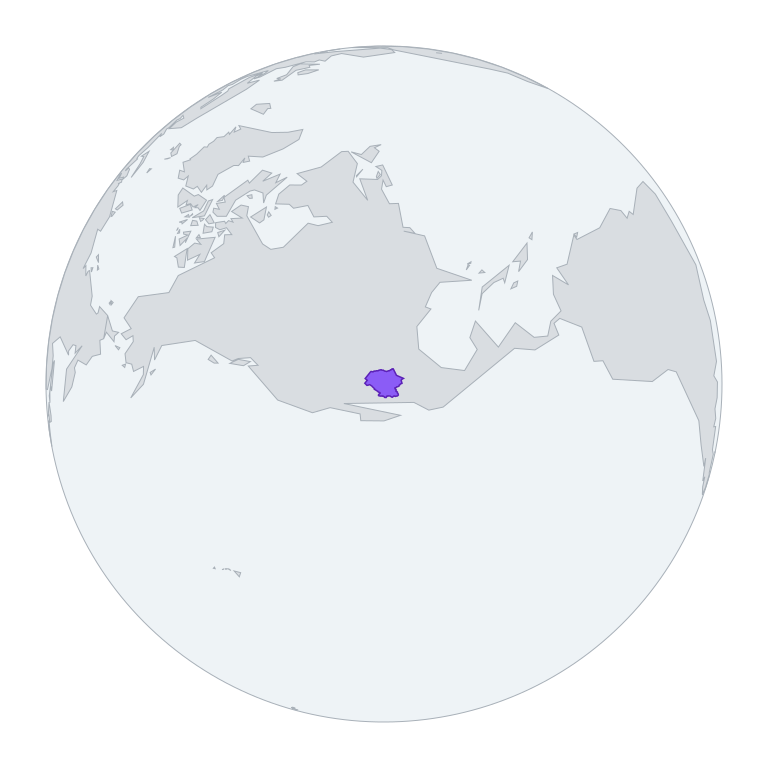 globe centered on Chihuahua, rotated 308°
{"feature_id": "MEX-2709", "entity_name": "Chihuahua", "entity_type": "State", "adm_level": 1, "iso_a3": "MEX", "parent_name": "Mexico", "parent_adm1": "", "projection": "orthographic", "projection_center": [-106.749, 28.699], "detail": "fine", "context": "on_globe", "style": "filled", "palette": "violet", "viewbox_px": 768, "rotation_deg": 308, "n_neighbors": 0, "source": "natural_earth", "source_scale": "10m", "svg_char_len": 12768}
<svg xmlns="http://www.w3.org/2000/svg" viewBox="0 0 768 768"><g transform="rotate(308 384 384)"><circle cx="384" cy="384" r="338" fill="#eef3f6" stroke="#a8b0b8"/><path d="M73.1,511.0L73.9,513.2L73.8,513.3L73.1,511.0ZM543.9,482.1L536.5,480.6L530.2,491.6L503.8,482.0L492.5,464.9L402.2,444.8L391.0,435.4L387.9,418.9L343.9,364.4L369.5,416.3L354.9,406.7L340.8,388.3L345.7,383.6L332.2,356.1L317.3,345.3L305.9,310.1L314.6,266.0L321.2,273.2L322.6,262.6L314.3,253.4L308.6,250.1L302.1,208.4L277.5,185.2L261.6,188.4L271.5,180.3L235.7,194.6L217.1,193.0L243.2,188.6L249.8,183.7L239.7,178.9L244.3,173.0L242.0,167.6L248.4,161.3L263.1,160.3L267.5,156.4L260.1,153.5L261.8,146.0L272.0,150.7L276.1,138.4L301.5,136.6L323.6,158.2L342.8,155.1L379.2,172.8L381.0,167.0L395.9,171.3L403.5,166.6L408.0,172.1L410.2,163.7L404.5,159.7L403.6,154.9L407.5,152.0L414.1,158.2L413.0,160.5L417.0,160.9L418.6,165.4L420.1,161.6L427.5,170.1L426.1,157.7L437.0,161.2L440.3,168.0L432.1,172.3L419.6,202.1L420.4,211.9L429.8,220.5L464.0,225.2L468.2,234.6L479.6,243.7L480.9,235.6L472.5,225.9L477.8,214.1L466.8,204.5L467.3,198.7L459.2,187.7L468.9,184.2L482.8,187.2L490.0,196.5L496.3,198.4L496.3,186.0L516.3,200.9L541.0,207.5L545.3,212.5L541.3,227.3L524.0,235.3L518.7,258.1L530.8,238.6L541.2,253.0L546.6,253.8L551.0,250.8L550.4,243.7L555.8,248.1L545.9,268.0L540.9,264.3L544.1,257.7L536.0,262.1L529.4,277.3L535.2,284.2L519.2,302.5L523.1,308.1L521.8,315.7L516.6,305.4L525.7,324.8L507.7,354.4L519.8,389.3L498.6,365.5L485.4,365.2L470.2,369.1L472.0,374.8L449.5,374.5L432.9,389.9L432.2,419.0L444.2,439.2L468.6,436.2L473.4,423.1L489.9,417.3L483.5,451.4L513.1,449.7L513.2,473.6L522.6,483.5L536.2,476.8L550.6,478.5L559.0,462.3L573.3,450.0L575.7,468.4L581.9,448.6L591.1,454.5L618.2,441.9L616.7,447.1L639.9,457.8L661.5,454.1L666.5,463.9L664.3,473.5L671.0,470.9L671.0,476.0L694.1,462.8L703.0,463.4L700.7,480.9L689.4,510.0L669.9,556.4L647.0,584.3L635.0,602.0L606.5,632.1L593.5,638.9L590.9,645.5L578.4,654.9L568.2,660.1L561.1,666.6L553.3,670.2L554.7,671.5L534.4,683.3L531.3,686.8L514.5,694.8L512.8,696.1L509.2,697.5L503.5,699.7L500.5,701.0L493.0,702.8L499.4,698.3L508.4,693.9L503.8,694.9L523.7,683.1L516.0,686.8L531.3,671.3L548.9,654.7L573.5,606.8L570.3,598.9L551.1,593.9L528.6,561.3L537.1,542.2L531.1,535.5L550.6,504.8L543.9,482.1ZM143.0,388.7L144.4,381.0L147.1,387.2L143.0,388.7ZM142.8,375.4L142.8,378.2L142.4,375.6L142.8,375.4ZM140.9,372.9L142.3,374.7L140.5,373.4L140.9,372.9ZM138.0,370.6L139.7,371.6L139.4,371.8L138.0,370.6ZM520.9,401.7L554.6,409.5L538.1,416.8L540.7,412.8L531.6,408.1L515.6,405.7L500.3,413.3L520.9,401.7ZM134.5,364.7L133.7,363.0L135.4,363.1L134.5,364.7ZM530.2,378.4L524.5,378.6L529.7,376.9L530.2,378.4ZM305.3,249.8L313.7,254.0L319.4,264.9L311.9,262.0L305.3,249.8ZM295.1,230.3L300.3,230.0L298.3,240.4L295.9,237.3L295.1,230.3ZM249.1,192.6L255.1,194.8L247.7,194.8L249.1,192.6ZM240.6,168.1L237.4,169.5L237.6,166.2L240.6,168.1ZM454.5,190.5L456.8,189.1L457.1,191.8L454.5,190.5ZM448.7,187.2L447.4,191.3L444.4,190.4L445.3,187.9L448.7,187.2ZM247.5,153.7L248.7,148.4L250.0,153.5L247.5,153.7ZM451.1,182.4L439.4,188.3L434.3,186.8L433.5,176.1L451.1,182.4ZM251.1,145.2L253.9,133.4L247.1,135.2L267.8,124.1L258.6,137.3L261.3,143.1L255.9,142.1L251.1,145.2ZM401.0,159.7L407.2,163.9L398.4,163.2L401.0,159.7ZM395.6,160.6L369.9,167.1L362.7,160.2L372.8,159.1L360.6,152.9L369.8,146.2L378.5,148.1L381.3,153.7L382.7,147.0L395.6,160.6ZM278.8,120.4L281.7,117.7L281.5,120.4L278.8,120.4ZM402.5,152.9L398.0,154.6L391.4,148.6L399.4,144.2L398.9,147.5L402.5,152.9ZM352.9,154.9L349.5,150.0L355.9,143.1L355.5,140.4L369.4,145.5L352.9,154.9ZM402.4,147.4L403.6,142.2L410.3,142.6L406.5,151.0L402.4,147.4ZM386.4,149.0L383.7,146.1L387.8,146.2L386.4,149.0ZM434.6,142.1L429.3,143.6L425.5,140.5L434.6,142.1ZM403.6,140.3L401.3,140.2L399.2,139.4L401.3,136.2L403.6,140.3ZM373.0,140.5L376.4,138.9L367.6,138.0L372.1,133.3L380.6,137.7L378.8,133.9L380.2,132.5L385.5,137.7L373.0,140.5ZM397.0,130.5L409.3,135.3L420.1,132.9L423.8,135.4L405.9,139.0L397.0,130.5ZM389.8,134.2L395.1,132.4L397.1,136.2L394.6,139.8L389.8,134.2ZM372.1,128.7L363.0,134.8L361.5,133.7L372.1,128.7ZM399.8,128.9L396.7,127.9L400.3,128.3L399.8,128.9ZM380.2,127.8L377.2,129.9L375.5,128.6L380.2,127.8ZM393.2,124.2L397.2,125.6L395.7,127.9L393.2,124.2ZM386.9,125.2L385.4,122.9L392.7,127.9L385.9,126.3L386.9,125.2ZM379.1,126.2L377.1,126.1L380.6,125.5L379.1,126.2ZM396.7,114.9L406.3,120.8L403.0,125.7L394.1,119.3L396.7,114.9ZM501.8,700.7L492.4,703.3L499.5,701.4L510.6,697.1L513.0,696.3L501.8,700.7ZM533.4,687.1L533.0,687.3L535.0,686.3L533.4,687.1ZM717.8,331.4L710.8,311.0L705.2,290.2L697.6,274.1L653.3,186.1L651.3,179.9L629.4,151.6L646.1,170.8L661.4,191.1L675.1,212.5L687.2,234.8L697.6,258.1L706.2,282.0L712.9,306.5L717.8,331.4ZM588.3,114.8L588.5,115.3L595.6,120.7L602.8,126.5L601.8,126.5L616.2,141.3L646.3,174.2L652.2,184.1L651.8,188.4L629.0,166.6L618.3,147.1L610.1,140.5L602.1,138.8L599.5,133.5L595.0,130.9L589.9,124.2L572.9,111.3L566.2,105.1L549.9,97.5L544.3,93.6L555.6,98.9L559.8,99.9L542.2,86.9L536.0,83.6L526.8,80.1L523.1,77.5L516.4,75.9L501.6,69.0L514.1,76.5L503.6,74.1L489.4,69.3L488.2,70.2L511.4,78.3L518.6,80.5L521.1,80.0L542.7,89.2L550.9,94.4L536.8,91.1L546.8,98.8L531.5,94.1L478.4,72.9L461.2,66.5L453.0,57.6L462.6,59.1L470.3,62.6L472.0,60.2L467.6,59.9L464.6,58.3L453.8,56.8L451.1,55.7L445.4,56.6L440.8,55.1L444.6,54.5L424.8,52.4L412.8,50.2L409.6,50.4L409.6,51.2L394.4,48.7L392.7,49.0L397.1,49.8L396.5,51.3L389.7,53.2L384.8,52.2L386.6,51.3L383.1,48.7L388.7,47.4L386.0,47.3L380.0,48.3L384.3,51.4L381.5,52.9L378.1,51.1L379.1,51.9L376.2,52.4L368.8,52.2L372.0,54.3L346.8,64.8L329.9,66.6L329.7,63.1L306.9,72.5L289.7,75.8L293.7,76.3L285.5,82.5L290.8,81.4L292.1,82.2L273.5,100.0L265.4,104.2L262.0,114.3L264.0,114.9L269.9,112.2L267.8,124.1L247.1,135.2L243.5,133.2L233.0,142.3L226.2,137.1L215.7,137.6L214.4,128.1L206.2,130.1L203.0,133.6L189.5,139.8L172.7,142.1L200.3,124.7L228.3,122.6L218.1,121.6L224.6,117.6L223.5,114.8L215.9,115.1L212.5,117.7L221.8,99.8L211.9,97.8L202.5,106.0L192.0,112.7L172.5,122.2L172.0,120.9L190.8,106.7L210.7,93.9L231.4,82.5L252.8,72.6L274.8,64.2L297.4,57.4L320.5,52.1L343.8,48.5L367.3,46.5L390.9,46.2L414.5,47.5L437.9,50.4L461.1,55.0L483.8,61.2L506.1,68.9L527.8,78.2L548.8,89.0L569.0,101.2L588.3,114.8ZM677.1,221.1L680.3,226.2L677.1,221.1ZM619.0,441.3L622.6,443.3L618.4,445.4L619.0,441.3ZM537.1,425.4L543.6,424.0L547.5,426.0L542.7,428.4L537.1,425.4ZM588.5,408.3L595.2,407.3L588.8,411.7L588.5,408.3ZM559.6,410.2L583.1,409.9L570.4,420.5L555.4,420.9L564.9,415.9L559.6,410.2ZM529.9,390.6L534.2,390.9L533.9,394.8L529.9,390.6ZM533.9,377.3L532.5,378.1L529.7,375.7L533.9,377.3ZM541.8,251.8L542.7,250.3L547.9,248.6L546.8,252.2L541.8,251.8ZM562.7,226.7L570.9,234.4L564.3,231.0L564.4,236.9L550.6,237.8L546.7,215.2L550.9,224.9L562.7,226.7ZM531.1,234.0L540.3,235.1L530.4,234.8L531.1,234.0ZM574.7,126.0L576.3,124.4L583.1,128.7L591.4,139.2L581.7,132.8L574.7,126.0ZM577.0,121.5L560.7,116.7L554.8,110.8L560.9,114.8L558.7,111.4L567.8,116.9L578.1,117.0L584.8,121.0L596.5,136.6L589.0,128.9L587.9,130.6L577.0,121.5ZM529.4,122.8L522.3,122.9L518.9,109.7L525.9,111.3L534.7,121.2L531.5,125.1L529.4,122.8ZM451.8,163.3L449.3,165.8L447.5,163.8L448.1,160.2L451.8,163.3ZM432.5,143.0L460.8,151.2L459.4,154.2L477.7,156.6L481.1,165.7L469.1,163.6L485.4,172.9L476.0,174.8L487.4,180.4L460.4,175.0L452.5,177.7L460.0,171.0L457.2,162.5L453.5,159.6L437.5,153.9L419.1,156.5L413.4,149.2L414.1,143.4L417.7,141.6L420.3,146.7L423.1,140.8L429.6,146.9L432.5,143.0ZM426.7,91.4L428.3,96.1L435.0,89.1L441.6,93.5L441.9,92.5L449.8,94.9L460.1,96.3L461.9,98.9L465.1,98.4L470.4,100.3L475.4,100.7L480.4,105.6L486.9,106.6L485.6,108.5L495.5,109.0L490.3,110.9L496.7,114.2L498.3,110.6L513.1,140.8L523.3,153.4L534.6,163.3L524.3,166.4L507.1,159.7L488.3,148.8L480.0,136.8L476.9,140.9L471.9,136.6L476.5,135.2L466.6,134.9L463.7,131.1L447.0,124.1L434.4,127.0L427.9,124.9L431.5,121.9L422.6,122.1L424.8,115.2L420.3,113.7L418.0,105.9L427.4,101.7L421.5,100.5L419.5,95.1L426.7,91.4ZM396.5,112.6L406.2,105.5L414.6,104.8L415.2,118.8L419.0,121.1L419.6,131.0L407.5,132.1L408.4,129.0L406.5,126.4L411.0,127.1L405.9,124.6L407.1,120.6L403.4,117.7L407.6,116.1L396.5,112.6ZM615.5,138.1L612.6,135.3L618.6,140.8L621.1,143.3L615.5,138.1ZM605.8,129.5L611.9,134.7L610.1,133.4L605.8,129.5ZM552.3,96.6L548.6,93.9L550.2,94.4L554.6,96.7L552.3,96.6ZM448.0,74.8L447.6,76.8L445.3,76.4L438.0,79.1L432.5,76.5L434.8,73.8L448.0,74.8ZM440.9,72.4L438.5,73.7L437.3,71.6L440.9,72.4ZM428.2,74.8L425.9,72.5L431.0,76.5L428.2,74.8ZM391.1,57.6L407.3,56.2L415.3,54.7L414.2,52.6L422.7,55.6L410.3,57.8L391.1,57.6ZM352.8,63.7L353.9,66.4L348.8,66.4L347.9,65.8L352.8,63.7ZM356.7,64.5L366.5,65.9L364.2,68.3L356.8,66.6L356.7,64.5ZM404.2,67.1L409.4,66.7L410.3,68.2L404.2,67.1ZM71.7,511.1L74.3,517.0L72.6,514.0L71.7,511.1ZM73.8,513.3L71.8,510.0L73.1,511.0L73.8,513.3ZM142.2,147.9L141.1,149.1L148.3,142.4L148.7,142.7L140.1,150.9L130.3,160.8L142.2,147.9ZM151.8,139.3L163.5,131.2L154.2,141.0L149.6,144.9L148.1,144.3L153.1,139.1L151.8,139.3ZM163.6,132.3L168.6,127.5L196.2,110.7L199.7,109.8L173.8,126.4L177.1,122.9L171.9,125.7L163.6,132.3ZM278.5,117.6L281.4,117.7L277.8,119.4L278.5,117.6ZM295.2,81.6L296.4,83.0L292.1,84.5L295.2,81.6ZM297.3,88.0L301.4,85.2L299.1,88.5L297.3,88.0ZM310.1,79.4L303.9,84.3L306.9,79.1L310.1,79.4Z" fill="#d9dde1" stroke="#a8b0b8" stroke-width="1"/><path d="M376.7,365.8L385.2,365.9L385.3,366.0L385.6,366.0L385.8,366.0L386.0,366.2L386.1,366.4L386.2,366.6L386.3,367.0L386.6,367.4L386.6,367.5L386.9,367.7L386.9,367.8L387.1,367.8L387.3,367.9L387.4,368.0L387.5,368.0L388.0,368.2L388.0,368.3L388.1,368.5L388.3,368.6L388.5,368.7L388.9,369.2L388.9,369.3L389.3,369.6L389.5,369.7L389.6,369.8L389.8,369.9L389.9,370.0L390.0,370.3L390.2,370.5L390.3,370.7L390.7,371.0L391.0,371.2L391.0,371.3L391.5,371.5L391.8,371.5L392.0,371.7L392.0,371.8L392.4,372.1L392.5,372.1L392.8,372.3L392.9,372.5L393.0,372.6L393.4,372.9L393.5,373.0L393.6,373.3L393.6,373.5L393.6,373.8L393.8,374.0L394.0,374.3L394.1,374.6L394.3,374.8L394.5,375.0L394.5,375.4L394.5,375.6L394.5,375.8L394.5,376.1L394.6,376.4L394.6,376.5L394.7,376.8L394.8,376.9L394.9,377.2L395.0,377.3L395.2,377.5L395.3,377.9L395.3,378.0L395.4,378.3L395.7,378.4L395.8,378.5L396.3,378.9L396.4,379.0L396.5,379.0L396.8,379.1L397.0,379.2L397.1,379.4L397.3,379.6L397.6,379.8L397.8,380.1L398.0,380.2L398.5,380.3L398.8,380.4L399.2,380.4L399.3,380.5L399.7,380.9L399.8,381.0L400.3,381.1L400.5,381.1L400.6,381.3L400.8,381.5L401.1,381.6L401.3,381.8L401.5,381.8L401.5,381.7L401.6,381.8L401.3,382.7L400.9,383.5L400.5,384.3L400.1,385.2L399.5,386.4L399.1,387.3L398.9,387.7L398.5,388.4L398.9,390.1L399.8,393.5L400.1,394.6L400.4,395.9L398.8,395.3L398.6,395.2L398.4,395.2L397.9,395.2L397.7,395.2L397.5,395.3L397.2,395.5L397.1,395.8L396.7,396.3L395.8,397.6L395.6,397.8L395.4,397.7L395.2,397.6L395.0,397.4L394.7,397.2L394.4,397.1L394.1,397.0L393.5,396.9L393.4,396.9L393.2,397.0L392.8,396.8L392.7,396.7L392.0,396.9L391.8,397.1L391.6,397.1L390.3,396.5L390.2,396.4L389.9,396.1L389.7,395.8L389.4,395.8L389.2,395.8L388.7,395.7L388.1,395.2L387.8,395.0L387.7,395.1L387.5,395.5L387.4,395.5L387.3,395.4L387.2,395.4L387.1,395.5L387.1,395.9L387.1,396.0L387.1,396.3L386.9,396.4L386.8,396.5L386.8,396.8L386.9,397.1L386.9,397.3L385.8,397.7L385.7,397.8L385.7,398.1L385.9,398.5L386.0,398.9L386.0,399.1L385.9,399.4L385.9,399.5L385.7,399.7L385.4,399.7L385.3,399.8L385.2,400.0L385.2,400.4L385.1,401.0L384.4,401.8L384.3,402.0L384.2,402.1L383.9,402.1L383.6,402.1L383.0,402.0L382.9,401.9L382.7,401.8L382.5,401.7L382.4,401.6L382.2,401.4L382.1,401.2L381.9,401.0L381.7,400.9L381.4,400.8L381.3,400.7L381.3,400.4L381.2,400.3L381.2,400.2L380.9,399.9L380.9,399.6L380.9,399.4L380.6,399.2L379.0,398.8L378.7,398.7L378.5,398.4L378.4,397.4L378.3,397.1L378.3,396.7L378.3,396.4L378.2,396.1L377.9,395.7L377.7,395.4L377.4,395.1L377.3,394.9L377.3,394.6L377.2,394.4L376.9,394.3L376.6,394.3L376.4,394.1L376.2,393.9L376.1,393.7L375.9,393.6L375.7,393.7L375.4,393.7L375.2,393.8L375.1,394.0L374.9,394.0L374.9,393.8L374.7,393.8L374.4,393.7L374.2,393.3L374.0,393.0L373.9,392.9L373.8,392.7L374.0,392.3L374.0,392.2L374.1,391.9L374.0,391.7L374.0,391.3L374.0,391.2L374.0,390.9L373.9,390.7L373.7,390.6L373.5,390.4L373.4,390.3L373.4,390.2L373.5,390.0L372.9,389.5L372.9,389.3L372.8,389.1L372.3,388.7L372.2,388.6L371.5,387.0L371.5,386.8L371.6,386.7L371.8,386.5L371.9,386.4L372.0,386.4L372.4,386.3L372.7,386.3L372.9,386.3L373.2,386.4L373.9,386.6L374.1,386.6L374.3,386.6L374.7,386.2L374.7,385.9L374.4,385.2L374.2,384.5L374.2,384.3L374.2,384.1L374.4,383.7L374.3,383.4L374.3,383.2L374.1,380.9L373.9,379.8L374.3,379.8L374.4,379.7L374.7,377.1L374.7,376.6L374.8,376.4L374.9,376.1L374.8,374.4L374.8,374.1L374.7,373.4L374.7,373.2L374.4,372.9L374.1,372.7L373.9,372.6L373.7,372.5L372.5,371.5L372.4,371.4L372.4,371.1L372.6,369.9L372.8,368.4L376.6,368.5L376.7,365.8Z" fill="#8b5cf6" stroke="#5b21b6" stroke-width="1.5"/></g></svg>